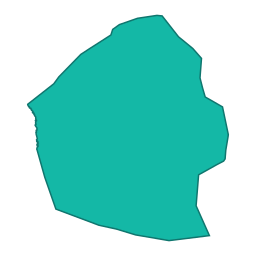 Delgerxangai, Dundgovi, Mongolia
{"feature_id": "93677404B47502950424031", "entity_name": "Delgerxangai", "entity_type": "district", "adm_level": 2, "iso_a3": "MNG", "parent_name": "Mongolia", "parent_adm1": "Dundgovi", "projection": "orthographic", "projection_center": [104.19, 45.142], "detail": "fine", "context": "isolated", "style": "filled", "palette": "teal", "viewbox_px": 256, "rotation_deg": 0, "n_neighbors": 0, "source": "geoboundaries", "source_scale": "gbopen_adm2", "svg_char_len": 2859}
<svg xmlns="http://www.w3.org/2000/svg" viewBox="0 0 256 256"><path d="M209.4,235.6L196.1,205.8L198.6,174.8L216.9,164.6L223.6,161.1L225.1,158.9L225.8,150.1L228.0,137.0L228.3,134.6L222.5,106.9L205.2,97.0L202.6,88.1L200.0,77.9L201.5,58.4L192.8,48.5L178.5,36.8L162.1,15.9L156.9,15.4L137.5,18.3L119.4,24.6L112.7,29.4L110.9,35.0L89.5,48.7L80.8,54.4L58.9,76.8L53.8,83.8L28.3,103.8L27.7,104.3L27.7,104.5L27.8,104.9L28.0,105.4L28.1,105.7L28.2,105.8L28.3,105.9L28.5,106.0L28.6,106.5L28.9,106.8L29.0,106.7L29.3,106.7L29.4,106.8L29.5,107.1L29.5,107.4L29.4,107.7L29.5,107.9L29.7,108.0L29.9,108.1L30.1,108.2L30.3,108.3L30.5,108.3L30.7,108.2L30.8,108.2L30.9,108.3L30.9,108.6L30.9,109.0L31.1,109.4L31.2,109.5L31.4,109.5L31.5,109.5L31.5,109.9L31.5,110.1L31.5,110.3L31.9,110.6L32.3,110.8L32.6,111.0L32.9,111.4L33.0,111.6L32.9,111.8L32.7,112.0L32.5,112.3L32.5,112.5L32.6,112.8L32.9,112.8L33.1,112.7L33.3,112.7L33.4,112.8L33.4,113.1L33.5,113.2L33.7,113.3L33.9,113.3L34.0,113.3L34.1,113.5L34.1,113.8L34.0,114.1L33.9,114.2L34.0,114.4L34.2,114.6L34.4,114.7L34.5,114.7L34.5,114.9L34.5,115.0L34.5,115.3L34.5,115.5L34.8,115.9L34.9,116.1L35.0,116.2L35.2,116.3L35.3,116.4L35.5,116.5L35.6,116.8L35.7,117.1L35.7,117.6L35.7,118.0L35.7,118.4L35.8,118.6L35.9,118.9L36.0,119.1L36.0,119.3L36.0,119.5L35.9,119.6L35.7,119.8L35.6,120.0L35.5,120.3L35.9,120.3L36.2,120.3L36.3,120.3L36.5,120.4L36.5,120.5L36.5,120.8L36.3,120.9L36.2,121.0L36.0,121.3L35.9,121.4L35.7,121.6L35.6,121.9L35.6,122.1L35.6,122.3L35.7,122.5L35.7,122.8L35.6,123.0L35.6,123.3L35.7,123.5L35.8,123.6L35.9,123.8L35.9,124.0L36.0,124.2L36.0,124.3L35.9,124.6L35.7,124.7L35.4,124.8L35.2,124.9L35.2,125.1L35.2,125.3L35.2,125.5L36.9,127.9L36.9,128.3L37.0,128.5L36.9,129.0L37.0,129.6L37.0,129.8L36.9,130.1L36.6,130.1L36.3,130.2L36.2,130.4L36.2,130.6L36.3,130.8L36.4,131.1L36.4,131.4L36.3,131.6L36.2,131.7L36.1,131.9L36.0,132.1L36.4,132.3L36.4,132.5L36.2,132.7L36.1,132.9L36.1,133.0L36.1,133.4L36.1,133.6L36.2,134.0L36.2,134.3L36.2,134.5L36.3,134.8L36.4,135.0L36.5,135.3L36.5,135.6L36.7,136.2L36.9,137.0L37.0,137.3L37.1,137.8L37.2,138.1L37.3,138.3L37.3,138.6L37.2,138.7L37.1,138.9L37.1,139.3L37.0,139.5L36.9,139.6L36.6,139.7L36.6,139.8L36.6,140.0L36.8,140.2L37.0,140.4L37.0,140.5L36.8,140.7L36.7,140.9L36.7,141.1L36.7,141.3L36.8,141.4L37.0,141.5L37.2,141.4L37.6,141.4L37.8,141.5L37.7,141.8L37.6,142.0L37.5,142.3L37.8,142.6L38.1,142.8L38.2,143.0L37.9,143.2L37.7,143.2L37.4,143.3L37.5,143.5L37.7,143.9L37.8,144.1L37.9,144.3L37.9,144.5L37.6,144.6L37.4,144.6L37.2,144.6L36.9,144.8L37.0,145.2L37.2,145.4L37.3,145.8L37.7,145.9L38.0,145.8L38.2,146.0L38.0,146.4L37.7,146.6L37.5,146.8L37.4,147.0L37.4,147.4L37.4,147.5L37.1,147.7L37.0,147.8L37.0,148.0L36.9,148.4L36.9,148.7L36.8,149.0L36.8,149.3L37.0,149.6L44.8,177.3L55.9,209.1L99.1,225.3L116.2,229.0L135.6,234.9L169.0,240.6L209.4,235.6Z" fill="#14b8a6" stroke="#0f766e" stroke-width="1.5"/></svg>